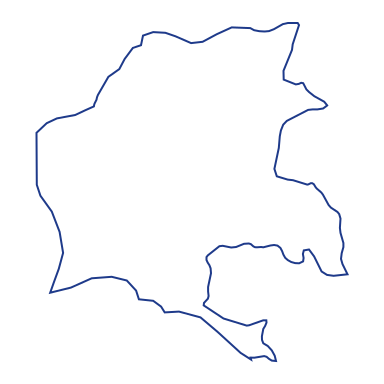 SVG path tracing the border of Beyla
{"feature_id": "GIN-5627", "entity_name": "Beyla", "entity_type": "Prefecture", "adm_level": 1, "iso_a3": "GIN", "parent_name": "Guinea", "parent_adm1": "", "projection": "orthographic", "projection_center": [-8.118, 8.717], "detail": "fine", "context": "isolated", "style": "outline", "palette": "blue", "viewbox_px": 384, "rotation_deg": 0, "n_neighbors": 0, "source": "natural_earth", "source_scale": "10m", "svg_char_len": 2144}
<svg xmlns="http://www.w3.org/2000/svg" viewBox="0 0 384 384"><path d="M250.3,28.1L254.1,30.2L259.3,31.2L264.6,31.5L269.0,31.1L273.9,29.2L282.9,24.1L287.9,23.0L297.7,23.0L299.0,25.1L292.7,44.3L292.0,49.9L283.5,70.8L283.7,79.6L295.8,84.4L298.8,83.9L301.2,82.8L303.2,83.2L306.4,89.4L309.0,92.0L314.3,96.2L324.2,101.7L327.2,105.4L326.9,105.7L323.1,108.5L317.4,109.4L312.7,109.4L308.1,109.9L286.8,120.9L283.2,124.7L280.9,130.5L279.8,136.2L278.8,148.0L274.4,168.9L276.8,176.3L287.7,179.6L293.0,180.2L307.2,184.6L308.3,184.4L310.8,183.2L312.2,183.2L313.8,184.2L315.7,187.3L316.8,188.6L321.3,192.5L322.9,194.6L328.6,205.0L330.9,207.6L337.5,212.0L339.2,214.1L340.5,218.6L339.9,227.9L340.5,232.9L343.4,243.0L343.4,247.1L341.7,253.2L341.0,258.9L342.5,264.1L347.5,274.3L333.6,275.8L327.0,274.9L321.6,271.5L314.1,256.4L309.0,249.5L303.8,250.4L302.9,254.0L303.6,258.0L303.1,261.4L299.1,263.3L295.1,263.1L291.2,262.0L287.8,260.1L285.2,257.8L283.4,254.6L282.1,251.1L280.4,247.9L277.5,245.6L274.1,245.0L270.4,245.5L263.3,247.3L261.1,247.0L256.9,247.3L255.0,247.2L253.4,246.4L250.8,244.1L248.8,243.5L244.0,243.8L236.1,247.0L231.2,247.5L222.7,245.8L219.4,246.2L207.8,255.4L206.5,257.1L206.5,260.0L207.7,262.6L209.4,265.2L210.6,268.3L211.0,273.2L208.1,287.0L208.1,291.5L208.6,296.0L207.9,298.7L204.0,302.9L203.7,305.4L223.5,318.5L246.7,325.6L249.0,325.3L263.3,320.3L266.3,320.3L266.5,322.6L265.1,326.0L263.3,328.9L261.9,336.3L262.0,339.9L263.3,343.3L267.8,346.0L271.8,350.4L274.7,355.7L275.3,358.1L276.0,361.0L271.8,360.6L268.9,358.8L266.6,356.8L264.2,356.1L254.3,357.7L250.6,357.6L251.1,359.6L240.6,352.9L217.6,331.9L200.5,317.4L179.0,311.6L164.7,312.4L161.1,306.6L153.2,300.8L138.9,299.3L136.1,290.6L126.8,280.5L111.7,276.8L91.7,278.3L70.9,287.6L50.2,292.7L53.8,282.5L58.8,268.8L63.1,252.9L59.6,231.9L51.8,211.6L40.4,195.7L36.8,184.8L36.5,132.8L46.7,123.2L56.9,118.4L75.2,115.0L85.4,110.2L93.9,106.4L94.1,105.1L94.5,103.7L96.5,99.7L97.0,97.3L97.9,95.0L108.4,76.8L119.3,69.1L124.7,58.9L132.9,47.9L141.0,45.2L143.0,35.6L153.2,32.1L165.4,32.8L175.5,36.3L191.1,43.1L202.6,41.8L216.8,34.2L231.7,27.4L250.3,28.1Z" fill="none" stroke="#1e3a8a" stroke-width="2"/></svg>